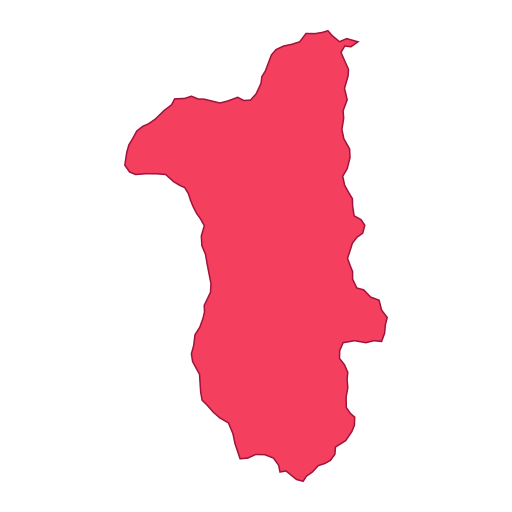 Lavrinhas, São Paulo, Brazil
{"feature_id": "56859067B26910612895696", "entity_name": "Lavrinhas", "entity_type": "district", "adm_level": 2, "iso_a3": "BRA", "parent_name": "Brazil", "parent_adm1": "São Paulo", "projection": "natural_earth1", "projection_center": [-44.888, -22.522], "detail": "fine", "context": "isolated", "style": "filled", "palette": "rose", "viewbox_px": 512, "rotation_deg": 0, "n_neighbors": 0, "source": "geoboundaries", "source_scale": "gbopen_adm2", "svg_char_len": 1949}
<svg xmlns="http://www.w3.org/2000/svg" viewBox="0 0 512 512"><path d="M126.8,152.1L124.8,165.2L129.6,172.0L135.5,174.5L146.4,173.7L156.7,173.8L165.7,174.5L173.5,181.6L179.4,185.2L184.7,187.6L188.4,193.7L190.6,200.5L193.2,206.8L196.5,213.2L200.6,219.0L204.3,225.7L201.3,236.0L201.9,245.7L205.5,254.3L206.9,262.7L208.4,270.5L211.0,283.7L210.5,292.3L207.4,298.8L204.2,305.4L204.5,312.0L203.0,318.3L199.8,327.2L195.0,334.7L193.7,345.4L191.4,353.8L192.6,361.6L195.9,367.7L199.5,374.2L200.1,383.4L200.7,392.4L202.1,400.2L207.0,405.0L213.3,412.2L219.8,417.9L228.4,422.9L232.9,433.6L235.0,443.6L240.1,458.8L247.8,458.1L255.6,454.5L264.9,454.7L273.5,458.1L278.6,465.2L280.0,472.0L286.0,471.0L296.5,479.5L303.1,481.3L306.6,476.0L312.4,472.0L318.3,465.6L324.8,463.5L330.5,460.3L334.9,454.2L335.5,447.0L345.7,440.6L351.7,431.8L354.4,425.4L354.7,417.2L350.3,413.3L346.3,407.5L346.1,397.2L347.8,387.7L347.1,379.2L347.8,372.4L344.5,364.8L339.5,358.4L339.7,350.6L343.1,342.7L354.7,340.7L365.8,342.7L374.0,340.7L381.6,341.5L384.6,333.2L385.4,324.7L387.2,317.5L381.6,310.1L379.1,300.2L370.5,297.0L363.7,289.8L356.8,288.0L352.6,279.1L352.6,271.6L350.2,265.6L347.5,258.4L350.0,250.9L352.4,243.2L357.0,237.2L362.7,233.2L364.8,225.3L361.0,219.6L354.1,215.8L352.6,205.7L352.4,198.7L348.4,192.0L344.6,185.2L342.7,176.2L347.2,168.7L350.0,157.7L349.6,148.9L343.9,138.9L341.9,129.6L343.7,118.2L343.1,110.7L347.2,99.8L344.5,88.4L348.1,75.9L348.5,69.4L344.6,60.7L341.0,52.4L344.8,46.0L350.9,46.8L358.0,41.8L346.7,38.6L339.5,41.7L332.3,35.7L327.9,30.7L322.4,32.4L315.1,33.6L306.0,33.5L299.7,41.8L291.8,44.3L283.6,46.0L276.0,49.6L271.4,55.0L265.4,70.9L261.9,76.6L261.0,83.3L256.2,93.7L250.5,100.1L243.8,100.5L237.7,97.3L228.0,100.9L220.0,103.0L210.5,100.7L203.9,99.1L198.5,99.1L191.4,96.2L184.9,98.4L174.6,98.9L171.6,104.8L164.1,110.5L155.3,119.1L148.3,123.9L142.6,126.4L136.7,131.1L132.9,138.2L128.9,144.8L126.8,152.1Z" fill="#f43f5e" stroke="#9f1239" stroke-width="1.5"/></svg>